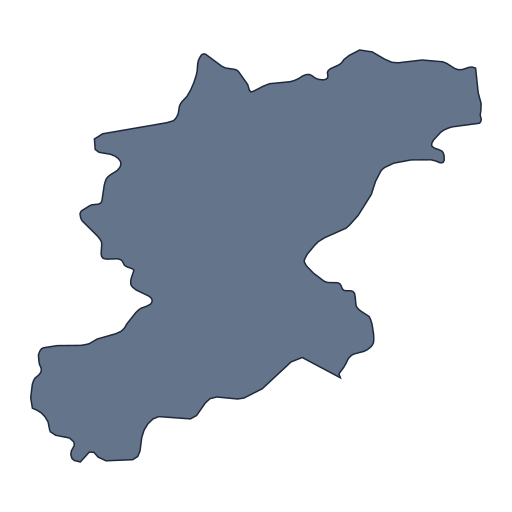 an SVG outline of Belluno
{"feature_id": "ITA-5467", "entity_name": "Belluno", "entity_type": "Province", "adm_level": 1, "iso_a3": "ITA", "parent_name": "Italy", "parent_adm1": "", "projection": "robinson", "projection_center": [12.178, 46.278], "detail": "fine", "context": "isolated", "style": "filled", "palette": "slate", "viewbox_px": 512, "rotation_deg": 0, "n_neighbors": 0, "source": "natural_earth", "source_scale": "10m", "svg_char_len": 3521}
<svg xmlns="http://www.w3.org/2000/svg" viewBox="0 0 512 512"><path d="M359.6,50.0L372.2,51.9L385.1,59.4L391.9,62.3L398.1,62.8L422.2,60.0L442.8,61.8L443.5,62.1L446.8,63.4L454.4,68.3L458.2,69.7L462.1,69.6L468.8,67.4L472.0,67.0L475.6,68.1L478.2,92.7L481.1,103.5L480.9,110.2L480.2,115.1L481.3,119.5L480.6,122.0L479.4,123.2L452.0,126.9L448.0,128.2L444.4,129.8L442.7,130.8L440.5,132.5L433.4,140.2L431.8,143.3L431.6,145.6L432.8,147.0L434.3,148.0L436.2,148.8L438.3,149.4L442.0,151.1L443.3,153.0L444.1,155.6L444.2,160.1L443.2,162.3L441.3,162.9L439.3,162.5L435.5,160.9L431.0,159.8L411.2,159.9L393.7,163.2L384.6,167.5L382.5,169.2L380.9,171.0L375.6,181.2L372.5,190.7L371.4,194.3L358.1,215.5L349.5,225.1L346.1,228.1L324.7,237.7L318.5,241.5L314.3,245.7L307.4,254.0L305.2,258.0L304.2,260.5L304.4,262.1L306.0,265.2L307.1,266.6L313.5,273.2L323.8,281.0L325.6,281.8L327.7,282.5L337.1,282.7L339.1,283.3L340.4,284.4L341.2,286.0L341.9,287.8L342.7,289.3L344.0,290.4L346.2,290.7L350.9,290.8L353.0,291.5L354.5,293.2L355.2,297.0L355.9,304.3L356.3,306.2L357.2,307.7L358.3,309.0L361.1,311.3L369.1,316.5L370.6,319.5L372.0,324.0L373.6,334.2L373.8,339.2L373.5,342.6L372.4,344.9L371.5,346.1L370.4,347.3L367.5,349.6L364.1,351.3L353.9,354.0L352.3,354.8L350.8,356.0L349.5,357.2L348.3,358.7L347.4,360.4L345.8,363.8L343.7,367.4L338.9,373.8L340.4,377.8L302.2,357.5L291.1,361.9L262.3,388.7L244.0,398.0L237.7,399.0L216.8,397.0L209.9,398.7L205.3,403.0L196.6,415.5L190.4,418.9L158.8,416.6L152.9,419.0L147.9,423.8L144.1,430.1L141.8,437.3L140.0,451.1L137.7,456.5L132.7,459.7L106.0,460.8L98.1,457.1L93.9,452.3L89.3,452.1L80.3,462.0L74.1,460.4L71.9,458.3L70.8,454.6L71.4,450.9L74.3,445.4L73.9,442.0L69.5,438.0L55.7,435.3L50.4,431.8L49.6,429.7L48.1,422.1L45.2,417.0L41.4,413.0L37.0,410.2L32.4,408.2L30.7,397.8L32.3,384.4L33.6,380.5L35.1,378.0L38.7,375.1L40.8,372.4L41.3,370.2L41.1,368.1L39.4,364.1L38.9,360.9L38.4,355.0L40.0,350.8L41.7,348.6L43.9,347.7L57.3,345.6L80.5,345.4L85.1,344.7L89.2,343.7L97.5,338.9L115.8,333.7L120.9,331.4L123.3,329.3L124.8,327.5L126.6,324.2L135.7,312.7L138.6,309.9L141.1,308.2L146.4,306.3L150.5,304.2L151.9,302.1L152.1,300.1L151.4,298.4L150.1,297.1L148.6,296.0L136.0,289.9L133.0,287.5L131.8,286.2L130.9,284.7L130.7,282.1L131.0,279.0L133.9,270.3L133.5,269.9L132.7,269.0L131.1,268.3L127.0,266.9L125.3,265.9L124.1,264.7L122.5,261.4L121.3,260.1L119.5,259.3L117.3,258.8L107.4,259.1L105.1,258.9L103.1,258.3L101.7,256.6L101.1,253.8L101.7,245.1L101.6,242.4L100.8,240.6L99.9,239.1L97.8,236.4L82.5,221.2L81.3,219.4L80.5,217.1L80.0,213.8L80.7,211.8L82.1,210.4L90.1,205.5L91.9,204.8L98.8,204.1L101.0,202.7L101.9,200.9L104.2,185.4L105.2,181.6L106.3,178.9L107.4,177.4L108.7,176.1L111.6,174.0L115.3,171.8L117.5,170.2L120.1,167.0L120.8,164.5L120.8,162.4L120.0,160.7L118.9,159.3L117.7,158.0L114.6,155.9L110.5,154.3L99.0,152.3L95.2,149.5L94.4,139.0L102.6,133.8L166.7,122.7L173.5,120.7L174.7,119.5L175.9,118.1L176.9,116.5L177.7,114.8L178.4,112.8L179.4,106.3L180.3,104.2L181.6,102.1L187.1,96.2L190.9,89.5L193.9,82.5L196.4,74.7L197.2,70.5L197.7,63.5L198.3,60.9L199.4,58.2L201.6,54.7L203.7,53.9L205.6,54.2L222.0,66.4L225.6,68.0L234.9,69.4L236.9,70.2L238.3,71.3L247.6,84.4L248.2,86.1L249.3,90.1L250.9,91.9L253.3,91.3L263.0,86.3L269.6,83.7L290.1,81.7L294.6,80.4L298.4,78.7L302.9,75.8L306.0,74.7L308.9,74.4L310.9,75.1L312.6,76.1L314.0,77.3L316.1,78.5L318.8,79.4L323.4,79.9L326.0,79.2L327.5,78.0L327.9,76.2L327.4,72.5L328.2,70.6L330.4,68.7L338.4,65.1L340.6,63.7L341.9,62.4L344.0,59.5L349.2,55.4L359.6,50.0Z" fill="#64748b" stroke="#1e293b" stroke-width="1.5"/></svg>